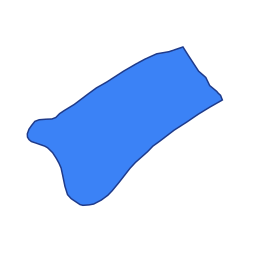 Dilong, Kayangel, Palau, rotated 252°
{"feature_id": "81905179B74113200519778", "entity_name": "Dilong", "entity_type": "district", "adm_level": 2, "iso_a3": "PLW", "parent_name": "Palau", "parent_adm1": "Kayangel", "projection": "robinson", "projection_center": [134.717, 8.088], "detail": "fine", "context": "isolated", "style": "filled", "palette": "blue", "viewbox_px": 256, "rotation_deg": 252, "n_neighbors": 0, "source": "geoboundaries", "source_scale": "gbopen_adm2", "svg_char_len": 844}
<svg xmlns="http://www.w3.org/2000/svg" viewBox="0 0 256 256"><g transform="rotate(252 128 128)"><path d="M188.1,205.3L187.9,190.6L189.7,178.2L188.3,165.6L186.5,155.6L183.5,141.6L178.3,122.0L175.9,110.3L172.6,100.3L167.0,84.1L164.3,72.7L162.8,67.4L160.3,62.6L160.1,58.4L161.7,52.7L163.3,46.1L163.1,41.5L160.3,37.2L157.5,33.5L153.5,30.4L150.4,29.6L147.5,30.3L145.0,31.9L136.5,43.2L134.1,45.4L127.8,48.7L121.0,50.5L115.7,51.5L110.6,52.0L103.7,51.3L92.0,50.0L83.3,49.9L78.4,52.1L73.8,55.7L70.0,58.7L68.4,61.2L66.9,67.3L66.3,71.9L67.7,80.3L70.3,88.1L73.2,93.5L79.2,102.9L89.1,117.5L93.0,124.5L99.4,139.2L103.1,146.1L105.8,154.5L111.7,171.2L115.6,186.1L119.4,199.0L122.6,212.4L125.5,226.4L130.5,226.1L133.1,224.6L135.4,223.7L143.1,218.8L152.0,217.6L160.2,212.7L177.9,207.9L188.1,205.3Z" fill="#3b82f6" stroke="#1e3a8a" stroke-width="1.5"/></g></svg>